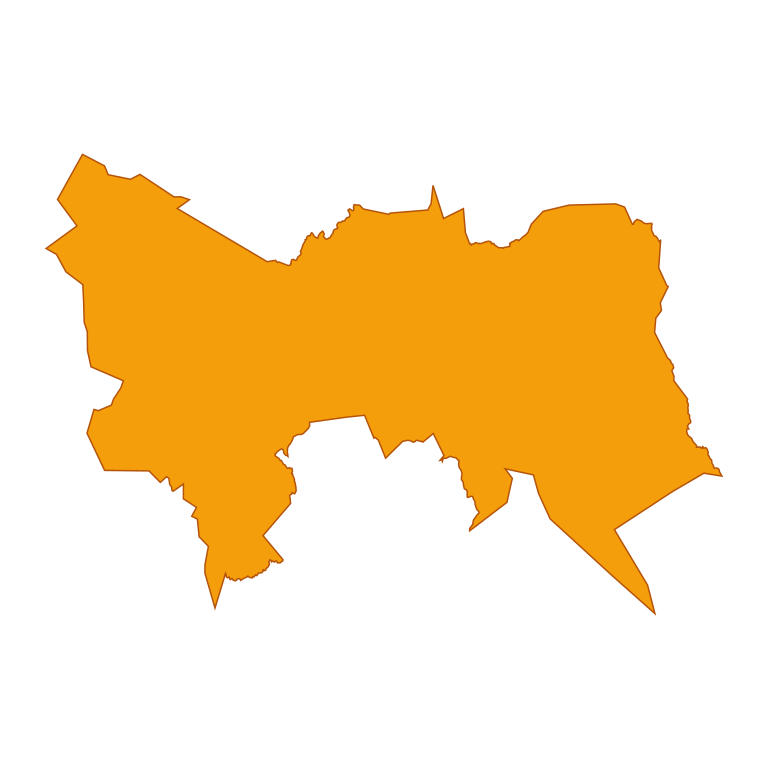 outline of Uruachi, Chihuahua, Mexico
{"feature_id": "50627088B4184029057526", "entity_name": "Uruachi", "entity_type": "district", "adm_level": 2, "iso_a3": "MEX", "parent_name": "Mexico", "parent_adm1": "Chihuahua", "projection": "equal_earth", "projection_center": [-108.421, 27.836], "detail": "fine", "context": "isolated", "style": "filled", "palette": "amber", "viewbox_px": 768, "rotation_deg": 0, "n_neighbors": 0, "source": "geoboundaries", "source_scale": "gbopen_adm2", "svg_char_len": 6117}
<svg xmlns="http://www.w3.org/2000/svg" viewBox="0 0 768 768"><path d="M550.1,518.8L612.0,575.5L654.9,613.6L647.6,585.2L614.4,529.6L672.6,491.5L703.9,473.2L721.9,476.1L719.6,472.0L719.2,470.1L718.5,468.8L716.4,467.9L714.7,468.3L714.0,468.0L713.7,466.4L712.0,463.3L711.6,460.1L709.8,458.2L709.2,456.3L708.1,455.1L708.0,453.5L708.3,452.5L707.1,449.1L705.8,447.7L703.5,448.2L703.1,447.0L702.6,446.6L701.9,447.9L701.4,448.2L699.9,446.9L696.6,447.3L696.4,447.0L696.6,445.5L692.9,441.5L691.6,438.4L688.6,436.0L687.5,434.4L686.7,431.7L686.7,429.9L687.2,429.1L688.8,429.0L687.4,426.2L688.8,423.9L690.6,422.7L690.8,421.8L690.5,421.3L690.5,420.2L689.9,419.4L689.6,418.0L689.6,415.3L688.0,413.3L688.2,410.0L687.8,407.6L688.2,406.0L688.2,404.4L687.9,403.0L687.0,401.5L687.6,399.1L673.8,380.7L674.0,376.4L671.9,370.9L672.2,369.9L673.7,367.8L672.7,364.4L671.3,363.1L671.0,362.4L670.8,361.3L669.9,360.4L669.8,359.8L667.7,358.2L654.6,332.5L655.8,318.2L661.5,310.4L660.3,302.8L668.2,286.6L666.7,285.4L658.7,267.9L660.7,239.6L659.7,242.0L659.0,240.7L658.3,240.1L657.4,238.0L656.4,237.1L655.9,236.2L654.4,235.8L653.5,234.9L653.4,234.1L652.0,231.3L651.7,230.1L651.5,228.3L651.8,227.6L651.4,226.1L652.1,224.4L651.7,223.3L646.7,223.7L645.0,223.5L643.2,222.6L641.4,221.0L637.1,219.4L635.8,220.6L635.3,220.7L634.0,222.2L633.4,224.3L632.3,224.1L624.6,207.1L615.7,203.9L569.1,205.1L543.2,211.3L531.4,224.1L527.9,232.7L527.1,233.2L526.2,234.5L523.2,236.6L518.8,240.7L517.9,239.9L516.2,239.8L514.8,240.3L513.3,241.6L512.2,241.6L510.8,242.8L510.3,242.8L510.1,243.9L509.7,243.9L510.0,246.0L509.7,246.5L508.1,246.6L506.6,247.2L505.1,247.2L504.0,247.5L503.5,248.2L503.1,247.9L498.4,247.6L495.2,245.3L494.5,245.2L494.2,243.9L492.5,243.3L491.7,243.9L491.3,243.3L491.0,241.9L489.0,241.2L487.7,241.3L486.8,241.8L486.3,241.6L481.0,243.6L479.0,243.3L478.3,243.7L476.2,242.7L475.0,242.8L474.1,243.9L472.5,244.0L471.5,244.9L471.2,244.2L470.4,244.0L470.2,243.6L469.7,243.9L465.4,232.6L463.4,208.6L443.6,218.5L433.0,185.4L431.1,203.7L427.8,210.0L390.1,213.1L388.7,214.3L363.4,209.0L361.3,207.1L360.5,205.9L359.1,205.0L355.7,205.0L354.8,204.6L354.1,204.7L353.5,207.2L353.8,209.6L353.5,210.5L352.6,210.7L349.6,208.9L348.0,210.1L348.0,210.8L348.7,211.4L349.9,214.4L349.9,215.7L349.2,217.1L346.6,217.8L344.8,220.4L344.0,221.1L342.4,221.0L341.1,222.4L339.3,222.2L337.8,223.1L336.9,224.8L337.0,226.3L337.7,227.7L337.5,228.4L336.5,228.6L335.9,229.2L335.0,229.2L334.0,229.9L333.3,231.2L332.8,233.6L331.2,235.3L330.8,236.6L329.6,237.9L328.7,238.0L327.8,238.7L326.2,239.3L324.8,237.9L324.3,237.6L323.5,236.6L324.2,234.0L323.1,231.6L322.4,231.1L321.9,231.9L320.4,232.7L319.1,234.8L318.6,235.2L317.8,238.1L317.3,238.2L314.2,236.4L313.8,235.3L312.5,233.5L312.1,232.9L311.5,232.8L310.8,233.9L310.2,235.7L309.6,235.9L309.2,235.6L308.4,235.6L307.3,236.5L306.7,237.3L306.6,239.1L305.1,239.8L305.5,240.6L303.6,243.6L302.6,245.8L301.5,249.5L300.6,251.0L300.4,251.7L300.9,252.3L301.0,253.2L300.7,254.6L297.9,257.0L297.0,258.8L296.8,259.7L296.1,260.3L294.7,260.2L293.4,259.3L291.7,259.9L291.1,262.0L291.2,262.9L290.8,263.3L290.4,264.9L290.1,265.2L288.0,265.5L278.7,261.9L277.2,262.4L275.6,260.3L267.2,261.7L177.2,208.5L189.5,199.7L180.8,196.8L174.0,196.9L140.0,174.4L130.3,179.3L108.2,174.7L104.5,165.9L82.5,154.4L57.5,199.5L77.0,225.9L46.1,248.5L56.5,254.4L66.0,271.9L82.8,284.6L83.7,303.5L84.2,322.3L87.3,331.9L87.5,350.7L91.0,366.8L123.4,380.8L120.8,388.0L113.5,399.1L111.4,405.1L98.3,410.7L94.0,409.4L87.0,433.2L104.6,470.4L149.0,470.9L160.3,482.4L166.6,476.7L167.2,476.9L168.9,478.6L169.7,484.3L171.5,487.0L172.0,490.5L172.9,491.1L173.4,491.1L183.4,484.0L183.4,498.8L196.5,507.4L191.7,516.3L197.4,519.1L199.1,536.7L199.4,537.3L200.4,538.0L208.4,546.4L205.0,564.6L204.9,573.0L215.0,608.0L225.5,573.4L226.0,574.5L226.4,576.9L226.6,577.2L227.8,577.8L228.7,577.0L229.3,577.3L229.8,579.0L230.4,579.6L232.1,578.6L232.9,579.9L234.2,580.6L235.4,580.8L236.5,580.2L236.8,579.5L237.6,578.8L239.3,578.7L240.4,579.5L240.7,580.4L244.1,578.2L247.0,577.0L247.5,576.2L248.5,576.3L249.3,577.4L252.1,577.9L252.5,577.6L252.6,576.7L253.7,576.9L254.5,576.6L254.7,575.5L255.3,575.0L256.8,575.6L258.1,573.8L258.1,573.3L261.9,572.6L262.8,571.6L263.2,569.7L263.5,569.7L264.2,570.7L265.8,570.1L266.2,568.5L267.9,567.1L269.4,564.4L268.9,561.5L270.1,559.7L270.8,560.2L271.5,561.9L272.6,561.0L274.3,562.1L275.3,561.2L276.2,561.0L276.7,561.3L277.2,562.6L277.5,562.9L280.2,562.8L282.8,560.8L283.0,559.7L263.0,535.6L290.6,503.4L290.1,498.2L289.5,495.6L289.7,495.2L291.6,494.2L292.2,492.5L294.3,493.8L294.9,493.5L296.1,491.0L296.1,489.5L295.9,488.6L296.0,487.1L295.5,486.0L295.5,484.6L295.0,482.3L294.4,481.7L294.5,479.7L294.2,478.5L292.7,475.3L292.8,474.7L292.2,474.1L292.4,473.6L291.6,473.2L292.2,472.2L292.5,471.0L291.9,468.3L290.8,468.5L289.4,467.6L288.0,468.4L286.8,467.8L285.0,464.9L284.2,464.7L283.0,463.5L281.4,460.6L280.3,460.6L279.9,459.7L278.7,458.3L275.3,456.0L275.1,455.4L275.4,454.6L275.1,453.7L276.3,453.0L277.2,451.8L278.9,450.5L281.2,449.0L282.1,449.0L283.2,449.9L283.9,453.1L285.7,455.3L287.1,455.6L287.9,456.3L287.7,455.2L287.8,454.0L287.3,453.0L287.5,448.2L289.1,444.8L290.1,444.2L292.4,440.1L293.4,436.8L297.6,434.6L301.6,434.4L303.6,433.2L308.3,428.5L309.7,425.7L309.5,422.3L347.8,417.0L364.6,415.3L373.9,438.1L374.7,437.4L375.7,437.9L378.4,440.2L385.6,458.2L402.7,441.3L407.6,440.3L409.7,440.5L413.1,442.1L414.2,442.0L416.7,440.2L421.1,441.5L421.8,441.4L422.9,442.1L433.3,433.5L444.0,455.6L440.0,460.3L440.5,460.2L441.3,459.5L441.7,459.7L442.4,461.5L442.7,460.6L442.7,459.7L443.6,458.3L446.2,458.3L450.0,456.3L456.4,458.1L457.7,459.9L458.9,460.3L458.8,463.0L458.6,464.0L459.2,467.4L460.9,470.0L462.2,473.9L461.6,475.6L461.7,477.0L461.4,477.7L461.4,479.7L462.7,481.3L463.4,483.0L463.4,484.7L464.3,488.6L465.2,489.3L466.2,489.5L467.3,491.6L467.1,495.1L467.3,497.1L468.1,497.5L470.1,496.5L472.0,496.3L472.7,496.6L473.3,498.6L475.1,502.1L475.0,503.9L476.2,508.0L477.4,510.2L478.8,511.4L479.0,513.1L477.2,514.8L473.4,520.2L472.7,524.4L469.6,528.6L469.7,530.8L506.9,502.4L512.3,478.3L505.1,468.8L533.4,474.9L538.6,493.5L550.1,518.8Z" fill="#f59e0b" stroke="#b45309" stroke-width="1.5"/></svg>